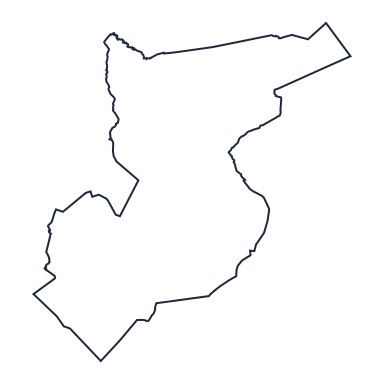 Valkenswaard, Noord-Brabant, Netherlands (Natural Earth projection)
{"feature_id": "6326949B31690191590270", "entity_name": "Valkenswaard", "entity_type": "district", "adm_level": 2, "iso_a3": "NLD", "parent_name": "Netherlands", "parent_adm1": "Noord-Brabant", "projection": "natural_earth1", "projection_center": [5.439, 51.32], "detail": "fine", "context": "isolated", "style": "outline", "palette": "slate", "viewbox_px": 384, "rotation_deg": 0, "n_neighbors": 0, "source": "geoboundaries", "source_scale": "gbopen_adm2", "svg_char_len": 5696}
<svg xmlns="http://www.w3.org/2000/svg" viewBox="0 0 384 384"><path d="M100.8,361.0L119.6,340.7L137.0,320.0L143.4,319.9L143.9,320.0L145.3,320.4L145.5,320.6L147.0,320.9L148.5,320.9L150.5,317.7L151.1,316.6L151.7,315.6L153.6,313.5L155.0,310.2L155.1,308.4L155.2,307.0L156.3,303.2L208.8,296.1L210.5,294.1L214.6,290.6L218.1,287.8L221.0,285.6L230.1,279.6L236.2,276.2L236.6,269.6L237.8,265.8L242.0,260.5L247.6,257.0L249.9,255.7L250.0,255.4L250.5,255.1L250.1,250.6L252.9,251.0L254.3,251.1L256.1,244.4L256.3,244.0L257.8,242.1L263.3,233.9L263.8,233.1L264.2,232.3L267.5,221.1L269.1,210.5L269.1,209.7L269.0,209.0L268.9,208.4L267.8,206.0L264.1,198.1L263.8,197.6L262.2,196.1L261.7,195.7L259.9,194.8L256.2,192.8L253.6,191.6L249.9,189.0L249.3,188.3L247.9,186.3L247.4,185.8L243.8,181.1L243.5,180.6L243.6,180.4L244.7,180.1L245.1,179.9L243.4,178.2L242.4,177.5L241.3,176.1L241.1,175.6L241.3,174.9L241.2,174.5L241.1,174.3L240.8,173.9L240.1,173.7L239.5,173.3L236.8,171.0L236.5,170.6L235.9,168.2L235.3,166.8L235.2,165.2L234.4,163.2L233.7,162.1L233.7,161.7L234.1,161.4L234.3,161.2L234.3,160.8L234.1,160.0L233.9,159.7L233.2,159.3L232.3,158.4L232.2,158.2L231.9,156.4L231.7,155.9L231.5,155.7L230.9,155.7L230.2,154.4L229.0,153.0L228.7,152.3L228.7,152.1L228.9,151.8L229.2,151.6L229.8,151.0L230.5,150.5L230.9,150.0L231.1,149.8L231.5,148.6L231.9,147.9L232.2,147.6L233.1,147.6L233.3,147.4L234.0,146.4L234.8,145.5L235.6,144.7L237.2,143.4L237.8,142.7L238.0,142.5L239.1,139.0L239.5,138.4L240.4,137.5L242.1,136.3L243.3,135.9L243.8,135.6L244.6,134.8L245.5,134.4L245.8,134.1L246.5,133.0L247.5,132.2L248.5,131.5L249.2,131.3L250.0,131.1L253.7,129.6L256.3,128.8L259.2,128.0L259.5,127.8L260.1,126.2L260.5,125.7L261.0,125.4L261.9,125.2L262.6,125.3L263.2,125.1L264.6,124.1L275.3,118.1L276.5,117.4L277.2,116.8L278.7,116.0L279.4,115.8L279.7,115.7L279.9,115.4L280.7,112.5L280.6,111.4L280.4,110.7L281.2,99.9L281.1,97.8L281.0,97.5L280.6,97.2L278.8,96.9L277.9,96.7L277.1,96.3L276.0,96.1L275.7,95.9L275.7,95.7L275.8,95.4L275.8,95.2L274.9,94.1L274.7,93.8L274.3,92.5L274.6,89.8L278.4,88.5L281.3,87.2L324.0,68.0L350.5,56.2L326.0,23.0L324.8,24.1L308.0,39.3L292.8,35.2L292.5,34.8L283.8,37.1L280.7,38.2L279.5,38.2L279.3,38.0L278.8,38.1L278.5,37.1L278.4,36.8L277.5,36.4L276.8,36.3L276.5,36.2L276.2,35.9L275.9,35.9L275.6,36.3L275.2,36.3L274.2,36.2L273.0,35.9L272.1,35.4L271.6,35.2L212.6,47.1L177.1,52.1L171.9,52.7L164.3,53.5L164.2,52.7L163.9,52.7L156.6,54.6L155.8,55.2L152.4,57.0L150.5,58.2L150.4,57.9L148.0,58.7L146.6,58.0L146.4,58.3L146.1,58.9L145.8,58.6L145.2,58.4L144.4,58.3L143.8,58.3L144.1,57.5L143.3,55.2L142.4,54.2L141.9,53.0L141.6,52.4L141.3,52.5L141.0,52.2L139.6,51.4L138.5,51.2L136.5,50.4L135.9,49.8L135.1,49.3L134.7,49.4L134.3,49.9L134.1,49.9L133.0,49.2L133.8,49.0L134.0,48.9L134.1,48.5L134.0,48.2L133.6,48.0L132.8,48.2L132.7,48.2L132.5,47.5L132.2,47.2L131.2,47.4L129.7,47.2L128.4,47.1L127.4,46.7L127.3,46.4L127.9,45.8L128.2,45.0L128.2,44.6L128.1,44.4L126.9,43.7L126.7,43.4L126.4,42.8L126.3,42.7L126.1,42.8L125.5,43.2L125.2,43.3L124.8,43.2L123.7,42.5L124.0,41.9L123.9,41.8L123.7,41.9L123.1,42.3L122.8,42.3L122.8,42.1L123.5,41.0L123.5,40.7L123.3,40.4L122.6,40.1L122.1,39.4L121.6,39.4L120.5,39.6L119.4,39.1L118.8,39.1L118.3,39.7L117.9,39.7L116.8,38.3L116.6,38.0L116.5,37.6L116.7,37.3L117.4,37.0L117.3,35.8L116.9,35.4L116.5,35.3L115.2,35.5L115.0,35.3L115.1,34.7L114.0,34.7L114.0,33.5L114.0,33.2L113.4,33.3L112.4,33.7L112.0,34.3L111.7,34.7L110.6,34.4L109.9,34.7L109.4,35.6L108.5,36.5L107.3,37.9L106.5,39.0L104.4,41.5L104.2,42.1L104.4,42.6L104.9,43.6L105.8,44.9L106.6,45.6L107.2,46.4L109.0,49.3L108.9,49.7L108.6,50.8L108.3,51.5L107.8,52.1L107.6,53.1L107.3,53.5L107.2,55.7L107.6,56.5L107.4,58.1L107.4,59.2L106.9,60.9L106.5,61.6L106.6,63.8L106.7,64.3L107.1,65.1L107.1,66.1L106.9,67.6L107.0,68.6L106.9,69.0L106.4,69.5L106.2,69.9L106.2,70.1L106.4,70.5L107.2,71.0L107.4,71.5L107.2,73.0L106.4,73.5L106.2,74.0L106.2,74.3L106.4,75.0L106.6,76.0L106.7,76.4L106.7,76.6L106.6,77.7L106.1,78.6L106.2,80.3L106.2,80.7L106.5,81.6L107.0,82.6L107.5,83.3L108.6,85.1L108.9,86.0L109.2,86.5L109.3,86.8L108.5,88.5L108.5,88.9L108.7,89.8L110.3,93.5L111.4,94.9L112.5,95.8L114.3,97.9L114.7,98.6L114.8,99.2L114.7,99.8L113.2,103.2L113.0,104.0L113.4,104.9L113.5,105.2L113.3,106.1L113.3,106.5L113.0,107.7L113.0,107.9L113.3,108.6L113.3,109.4L112.9,110.0L112.9,110.4L114.8,112.8L117.0,116.2L118.5,118.8L118.6,119.3L118.5,119.9L118.0,121.8L118.1,122.2L117.8,122.9L117.4,123.2L116.4,123.4L116.1,123.6L115.9,124.0L115.9,124.8L115.8,125.3L115.5,125.7L114.4,127.0L112.8,127.6L112.4,127.9L110.3,131.6L109.9,132.8L110.0,133.2L110.2,133.6L110.3,134.8L110.5,138.5L110.1,138.9L109.5,139.3L109.8,139.7L110.1,139.7L110.7,139.4L111.2,138.8L113.2,142.6L113.1,147.5L112.9,151.0L113.7,156.2L116.5,161.5L138.4,180.3L119.9,216.2L115.7,214.7L108.0,200.6L106.4,198.7L98.8,194.7L92.3,196.8L90.5,191.4L85.8,192.9L62.9,211.8L56.0,209.4L55.7,210.0L55.1,211.9L54.7,212.5L54.1,214.1L53.6,215.9L53.4,216.6L53.3,217.1L53.1,217.5L52.7,219.0L52.3,220.1L52.0,220.6L52.0,221.1L51.9,221.5L51.2,222.6L48.7,224.9L48.1,225.7L48.1,226.2L48.2,226.9L49.1,228.0L49.2,228.4L49.4,228.6L49.6,229.2L50.0,229.9L50.2,230.5L50.0,230.8L49.9,230.8L49.2,230.4L49.0,230.5L48.8,230.6L49.3,232.6L50.9,233.6L50.7,233.9L50.6,234.2L48.6,242.6L48.2,243.8L48.2,244.3L47.1,248.5L46.3,251.7L46.3,252.1L47.3,253.8L48.1,255.5L48.9,257.0L48.9,258.1L49.0,258.4L49.3,258.9L49.4,259.2L49.3,261.7L49.6,262.0L49.4,262.4L48.6,263.1L48.5,263.5L47.5,264.1L46.6,264.5L46.3,264.8L45.9,265.8L45.8,266.1L45.8,266.3L46.1,266.5L45.5,267.4L45.8,268.0L44.9,267.8L44.6,268.6L47.1,270.7L47.7,270.9L54.2,275.6L54.6,275.9L54.8,276.2L54.9,278.4L33.5,294.1L56.7,316.2L63.3,325.5L63.7,326.3L69.9,328.4L100.8,361.0Z" fill="none" stroke="#1e293b" stroke-width="2"/></svg>